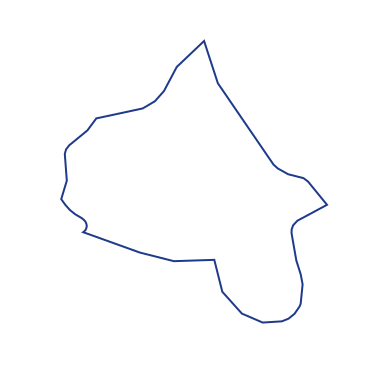 the border of Tower Hamlets, rotated 348°
{"feature_id": "GBR-2077", "entity_name": "Tower Hamlets", "entity_type": "London Borough", "adm_level": 1, "iso_a3": "GBR", "parent_name": "United Kingdom", "parent_adm1": "", "projection": "orthographic", "projection_center": [-0.03, 51.512], "detail": "fine", "context": "isolated", "style": "outline", "palette": "blue", "viewbox_px": 384, "rotation_deg": 348, "n_neighbors": 0, "source": "natural_earth", "source_scale": "10m", "svg_char_len": 743}
<svg xmlns="http://www.w3.org/2000/svg" viewBox="0 0 384 384"><g transform="rotate(348 192 192)"><path d="M77.2,208.7L78.6,208.0L80.2,206.8L81.3,205.1L82.0,203.3L82.1,201.4L81.6,198.8L80.7,197.2L78.9,194.8L73.0,189.4L68.8,184.2L65.3,178.0L62.6,171.8L71.9,154.9L75.5,128.3L77.7,124.1L81.6,120.8L102.5,110.0L113.7,100.1L161.2,100.0L174.6,95.5L185.6,87.4L203.1,66.5L235.2,46.8L239.9,91.0L277.4,182.1L280.8,186.8L289.7,194.6L303.9,201.6L307.6,205.8L321.4,232.6L289.1,242.0L284.0,245.6L281.7,249.3L280.8,253.1L279.8,280.8L281.2,294.9L281.0,305.3L275.1,323.8L273.5,326.3L266.9,332.5L260.0,336.0L253.0,337.2L234.0,334.4L215.5,321.3L200.9,295.9L199.7,263.0L159.9,255.9L128.4,240.4L77.2,208.7Z" fill="none" stroke="#1e3a8a" stroke-width="2"/></g></svg>